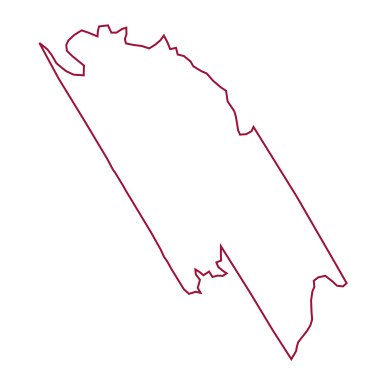 Lunardelli, Paraná, Brazil (orthographic projection), rotated 272°
{"feature_id": "56859067B32981024727958", "entity_name": "Lunardelli", "entity_type": "district", "adm_level": 2, "iso_a3": "BRA", "parent_name": "Brazil", "parent_adm1": "Paraná", "projection": "orthographic", "projection_center": [-51.764, -24.076], "detail": "fine", "context": "isolated", "style": "outline", "palette": "rose", "viewbox_px": 384, "rotation_deg": 272, "n_neighbors": 0, "source": "geoboundaries", "source_scale": "gbopen_adm2", "svg_char_len": 1471}
<svg xmlns="http://www.w3.org/2000/svg" viewBox="0 0 384 384"><g transform="rotate(272 192 192)"><path d="M335.6,34.3L300.5,54.9L260.4,81.4L221.9,106.3L212.1,111.9L208.2,114.8L195.7,123.0L191.1,125.8L172.7,137.8L151.1,151.9L133.4,162.7L126.4,166.2L121.7,169.7L113.9,174.4L94.6,187.2L90.1,192.6L92.4,199.1L91.5,204.1L96.3,201.1L104.5,203.0L109.7,198.7L114.7,198.1L112.2,202.5L109.2,206.3L113.1,211.9L107.8,215.4L109.4,220.8L109.2,225.6L111.9,229.5L114.5,225.3L118.1,220.8L122.5,218.8L124.5,223.5L130.9,223.0L138.8,222.8L94.0,253.2L56.7,277.5L28.4,297.1L36.7,301.6L41.2,302.2L45.7,303.4L56.9,311.6L62.7,314.9L68.8,316.5L76.7,315.6L87.9,314.8L96.8,315.8L101.5,317.6L107.5,316.8L111.1,321.1L112.9,328.1L107.7,335.3L103.4,340.2L102.9,346.2L106.3,349.7L128.4,336.0L190.8,297.0L259.2,251.2L254.9,249.4L251.7,244.2L251.0,238.0L255.1,236.0L269.0,233.2L274.1,231.5L279.3,227.8L283.6,224.5L294.3,222.5L297.7,217.0L304.0,209.1L311.0,202.5L313.0,197.3L315.2,193.3L317.8,188.8L322.3,186.1L327.6,179.2L328.9,172.9L335.5,171.0L334.0,165.2L340.8,162.2L347.4,158.4L342.6,155.2L338.0,150.2L334.0,144.2L336.2,136.6L336.9,128.5L338.2,120.8L342.6,119.6L347.4,121.0L353.9,120.6L352.4,116.3L348.7,111.1L348.4,105.9L355.6,102.2L354.2,93.3L349.9,92.4L344.2,92.1L347.7,82.7L349.7,76.1L344.7,68.7L339.2,63.2L334.7,61.2L328.8,62.0L323.4,67.9L314.6,79.6L304.8,79.7L305.2,69.4L308.3,62.2L312.8,56.0L316.0,52.0L324.2,46.8L329.5,42.5L335.6,34.3Z" fill="none" stroke="#9f1239" stroke-width="2"/></g></svg>